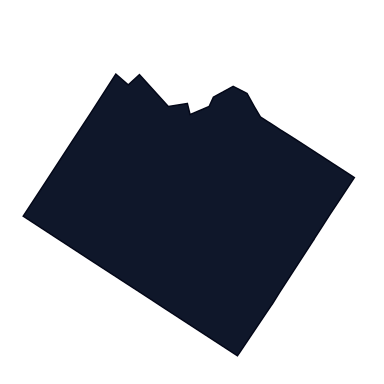 Johnson, Kansas, United States of America, rotated 33°
{"feature_id": "52423323B40551839125356", "entity_name": "Johnson", "entity_type": "district", "adm_level": 2, "iso_a3": "USA", "parent_name": "United States of America", "parent_adm1": "Kansas", "projection": "robinson", "projection_center": [-94.748, 38.9], "detail": "fine", "context": "isolated", "style": "filled", "palette": "ink", "viewbox_px": 384, "rotation_deg": 33, "n_neighbors": 0, "source": "geoboundaries", "source_scale": "gbopen_adm2", "svg_char_len": 844}
<svg xmlns="http://www.w3.org/2000/svg" viewBox="0 0 384 384"><g transform="rotate(33 192 192)"><path d="M63.9,134.6L64.1,182.6L63.9,213.0L63.8,263.7L63.6,304.2L142.9,304.4L148.2,304.4L169.4,304.4L211.9,304.4L233.0,304.5L319.3,304.6L319.3,302.8L319.4,301.5L320.1,253.7L320.3,243.6L320.4,242.3L320.1,228.6L320.1,223.1L320.1,218.8L320.1,214.9L320.1,214.6L320.1,214.0L320.1,213.3L320.1,203.1L320.1,199.7L320.1,198.1L320.1,192.7L320.1,167.3L320.1,166.1L320.2,165.8L320.0,163.9L320.0,162.6L320.0,152.3L319.9,137.0L319.9,134.8L320.1,116.7L320.3,91.5L292.6,91.5L285.9,91.5L275.2,91.5L264.5,91.5L251.2,91.5L233.9,91.7L232.7,91.8L222.0,91.7L216.6,91.8L208.5,91.8L198.0,86.6L184.5,79.4L169.0,81.0L158.3,100.8L159.8,110.9L148.2,128.1L139.9,120.3L125.6,133.2L84.0,122.2L80.2,136.9L63.9,134.6Z" fill="#0f172a" stroke="#020617" stroke-width="1.5"/></g></svg>